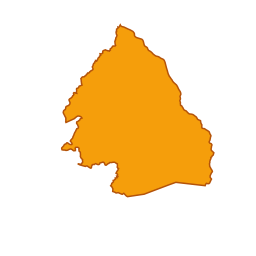 Castanheira, Mato Grosso, Brazil, rotated 327°
{"feature_id": "56859067B36906842849375", "entity_name": "Castanheira", "entity_type": "district", "adm_level": 2, "iso_a3": "BRA", "parent_name": "Brazil", "parent_adm1": "Mato Grosso", "projection": "natural_earth1", "projection_center": [-58.652, -10.954], "detail": "fine", "context": "isolated", "style": "filled", "palette": "amber", "viewbox_px": 256, "rotation_deg": 327, "n_neighbors": 0, "source": "geoboundaries", "source_scale": "gbopen_adm2", "svg_char_len": 5741}
<svg xmlns="http://www.w3.org/2000/svg" viewBox="0 0 256 256"><g transform="rotate(327 128 128)"><path d="M79.1,88.9L79.0,89.6L79.7,89.7L88.5,91.0L89.1,90.7L90.6,90.6L91.2,90.5L92.2,90.6L93.0,91.0L93.5,91.4L94.0,92.0L94.5,92.7L94.8,93.5L94.8,94.6L93.8,94.4L93.0,94.3L91.6,95.1L90.8,95.0L90.0,95.2L89.3,95.1L88.6,94.9L87.9,95.4L87.4,96.2L87.5,97.9L87.2,99.0L87.1,100.1L86.2,100.9L85.6,101.0L84.7,100.7L83.3,101.5L82.2,102.2L80.6,103.0L79.7,103.6L79.0,104.2L77.6,105.1L76.9,105.5L76.3,106.2L74.3,106.8L73.4,107.0L72.5,107.5L72.7,108.8L72.7,110.0L72.5,110.7L72.0,111.2L71.3,111.0L70.1,109.9L69.7,108.6L69.1,107.4L68.5,107.1L67.9,107.3L67.2,107.5L66.1,107.2L65.4,107.3L64.4,107.9L61.6,108.6L61.1,109.3L60.8,110.4L62.3,111.7L63.2,112.2L63.6,112.9L64.1,113.2L64.7,113.5L65.6,113.8L66.6,113.8L67.4,114.0L68.4,114.3L69.1,115.1L69.5,116.0L69.7,116.8L70.1,117.6L70.9,118.0L71.6,118.3L72.3,117.3L72.5,116.5L72.9,116.0L73.8,115.8L74.6,116.4L75.4,116.8L75.7,117.6L75.9,118.4L75.1,119.3L74.8,120.0L74.4,120.6L74.5,121.3L74.8,122.1L74.6,122.8L74.1,123.6L73.7,124.4L73.2,125.1L72.6,125.8L72.4,126.7L72.3,127.5L72.4,128.5L72.7,129.8L72.2,130.3L71.5,131.9L70.5,132.2L69.8,132.7L68.9,132.7L68.2,132.4L67.6,131.7L67.0,131.1L66.3,130.7L67.6,132.8L71.3,137.0L72.2,137.1L73.0,137.6L73.5,138.6L73.9,139.6L74.4,140.7L75.0,141.5L75.7,141.3L76.3,140.7L76.7,140.0L77.3,139.9L77.9,139.4L78.9,139.5L79.6,140.2L80.5,140.2L81.5,140.3L82.5,141.9L83.1,142.5L83.9,142.8L84.6,142.7L85.2,142.1L86.0,142.2L87.0,142.6L88.1,142.8L88.9,143.5L89.1,144.4L88.7,146.5L89.2,147.2L89.9,147.3L91.7,147.0L92.6,147.3L93.9,147.0L95.0,147.8L95.8,148.2L96.7,148.5L98.0,149.3L98.4,149.9L98.8,151.0L99.2,151.7L99.6,152.2L99.1,152.9L98.6,154.0L97.6,154.9L97.8,155.6L97.5,156.4L97.9,156.9L96.4,157.9L95.8,158.0L95.3,158.4L94.7,158.6L94.1,158.9L93.3,159.5L94.0,160.8L93.8,161.7L93.0,162.1L93.0,162.9L92.2,162.3L91.8,163.7L90.0,163.0L89.7,164.0L87.9,164.2L87.0,163.9L86.5,165.2L84.2,165.6L83.2,166.6L82.0,167.0L82.4,168.4L82.2,170.8L80.6,172.9L82.0,174.7L82.6,176.0L84.6,176.9L86.5,179.8L87.1,180.5L88.9,180.5L89.6,184.1L90.2,185.3L105.5,192.3L120.7,195.6L131.2,197.9L138.5,199.6L161.3,218.4L162.3,217.6L163.6,217.1L164.7,218.3L165.6,218.7L166.7,218.5L167.4,218.0L168.7,217.2L169.6,216.6L170.2,216.3L170.0,214.2L170.8,212.8L172.3,211.9L173.1,211.3L174.5,210.8L175.2,210.3L175.4,209.0L175.4,207.9L175.4,207.1L175.6,205.8L175.6,204.6L176.1,203.9L176.8,202.4L177.8,201.6L178.2,200.8L179.9,199.3L180.7,199.0L181.2,198.4L181.4,197.8L182.6,197.8L183.4,197.2L184.0,197.2L184.7,197.1L185.2,196.7L185.9,196.0L186.5,195.6L186.3,194.6L186.2,193.9L186.0,193.2L185.8,192.5L185.8,191.7L186.2,191.0L186.7,190.3L187.2,189.9L187.9,189.0L188.4,188.6L188.9,188.2L189.3,187.6L189.2,186.4L188.4,185.4L188.3,184.2L188.8,183.5L189.8,183.1L191.7,181.2L192.2,180.6L193.3,179.8L193.5,178.9L193.5,177.7L193.8,176.4L194.0,175.2L193.3,173.5L192.6,172.2L191.8,170.2L191.0,169.6L190.2,168.7L190.1,168.0L190.6,167.1L191.3,166.1L191.7,165.5L191.7,164.4L191.9,163.4L192.8,161.3L191.5,159.4L191.1,158.5L191.3,156.3L191.1,155.4L190.6,154.3L190.3,153.3L189.8,152.1L189.2,151.4L188.6,150.8L187.0,149.5L186.5,147.8L186.1,145.4L185.8,144.8L185.3,144.3L184.9,143.4L184.9,142.1L185.1,140.7L185.0,139.6L185.1,138.7L184.4,137.7L184.9,136.7L185.4,135.7L185.9,135.1L186.3,133.3L187.7,132.3L188.1,131.7L188.6,130.4L188.8,129.8L190.7,128.5L191.3,127.3L191.4,126.7L191.6,126.0L191.6,124.7L191.6,123.8L191.7,122.4L192.0,120.6L192.1,119.0L192.1,118.3L191.8,117.2L191.1,114.6L190.9,112.9L191.1,112.0L191.0,111.0L190.9,109.5L191.0,108.7L190.8,107.3L191.2,104.5L191.7,102.8L192.2,101.4L192.5,100.2L193.1,98.2L193.7,96.4L194.8,93.2L195.2,91.1L195.1,89.9L194.4,88.7L193.7,87.6L193.3,87.0L193.0,85.9L192.1,84.4L190.9,83.2L190.3,82.3L190.0,81.5L189.4,79.8L189.1,77.9L188.6,76.1L187.6,74.2L187.5,73.3L187.6,72.4L187.9,71.4L187.7,70.4L187.2,69.4L186.9,68.8L186.7,68.1L186.9,66.9L187.6,64.9L188.1,63.4L188.2,62.0L187.9,61.0L184.8,57.3L184.2,56.4L183.8,55.4L183.7,54.7L183.9,53.8L184.4,53.0L184.8,52.2L184.9,51.4L184.8,50.5L184.7,49.7L184.3,48.9L183.0,46.5L182.6,46.0L182.0,45.1L179.7,41.3L179.2,40.7L178.3,39.8L177.8,39.1L177.6,38.1L177.7,37.3L175.6,38.4L174.9,38.5L174.5,37.9L174.1,38.7L172.2,38.9L171.9,39.6L171.2,40.2L170.9,41.0L170.2,41.0L169.9,41.9L169.4,42.7L169.3,44.2L167.9,45.4L167.3,45.6L166.6,46.0L166.2,46.8L165.5,47.1L165.0,47.8L164.3,48.0L163.6,49.3L162.8,50.9L162.6,52.0L162.0,52.2L161.2,51.8L160.6,51.6L160.2,51.1L159.4,51.1L158.6,51.6L157.3,52.0L156.6,51.9L156.0,52.1L155.6,53.1L155.0,53.0L154.3,53.4L153.7,52.7L152.9,52.0L152.4,51.2L151.9,50.8L151.6,50.1L149.6,49.7L149.0,49.7L148.5,50.1L148.0,50.7L147.7,51.3L147.0,51.4L145.9,51.3L145.0,50.5L144.7,51.3L144.6,52.2L143.3,52.2L142.5,53.0L141.5,52.9L140.7,53.3L139.9,54.0L139.4,54.3L138.6,54.4L137.9,53.9L137.8,54.7L136.9,54.1L136.1,54.5L135.6,55.2L134.7,55.1L134.0,55.4L133.4,55.8L133.0,56.4L132.2,56.9L131.3,57.3L131.0,59.1L130.4,59.9L129.5,59.9L128.8,60.1L127.8,59.8L126.9,60.1L126.4,60.0L125.7,60.5L124.8,60.3L124.1,59.9L123.7,60.4L123.1,60.5L122.5,60.3L121.9,60.7L121.0,61.1L120.1,60.9L119.3,61.2L118.4,60.8L117.8,60.4L116.8,60.4L116.0,60.8L115.4,60.9L115.1,61.6L114.9,62.3L114.3,63.1L114.0,64.1L113.4,64.9L113.2,65.9L112.7,67.0L111.8,66.7L110.9,66.7L110.1,66.3L109.6,66.4L108.9,67.0L108.1,67.2L107.4,67.2L106.5,66.9L106.0,67.3L105.2,68.9L104.1,69.9L103.9,71.0L103.2,70.4L102.6,69.4L102.0,68.9L101.2,69.1L100.7,70.5L99.9,70.9L99.1,70.9L98.3,71.4L97.2,71.8L95.1,71.8L94.1,72.0L93.6,72.8L93.4,74.2L93.2,75.2L92.3,76.2L91.1,76.6L90.2,76.7L88.7,76.4L87.8,76.3L87.1,76.7L86.4,77.6L85.5,78.3L84.2,78.3L83.4,78.5L82.9,78.9L82.0,79.9L81.8,81.1L81.7,82.5L81.5,83.6L81.5,84.3L81.4,85.0L81.3,85.8L80.9,86.4L80.3,87.3L79.8,88.2L79.1,88.9Z" fill="#f59e0b" stroke="#b45309" stroke-width="1.5"/></g></svg>